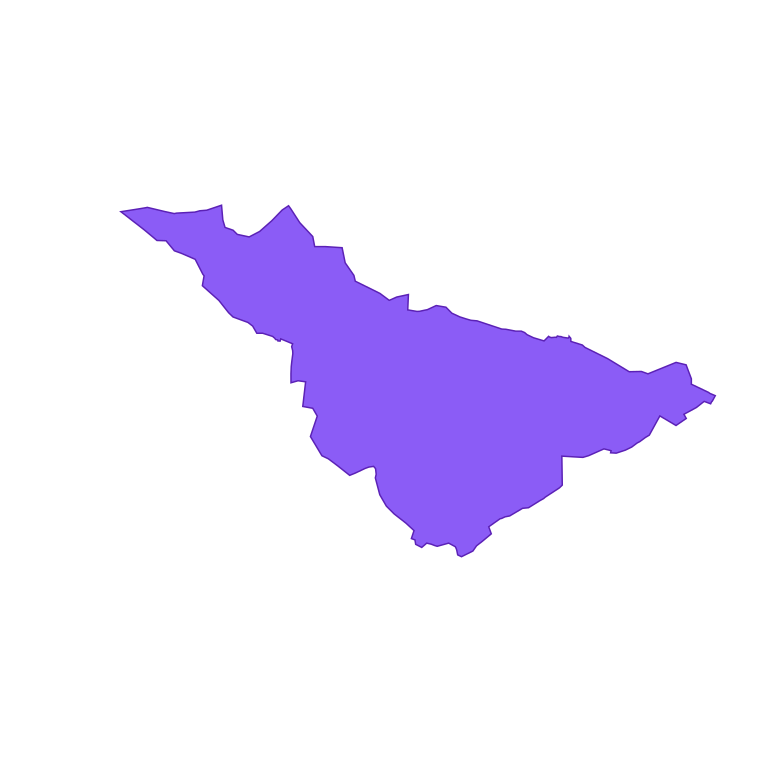 Garki, Jigawa, Nigeria, rotated 203°
{"feature_id": "59680162B71065109904105", "entity_name": "Garki", "entity_type": "district", "adm_level": 2, "iso_a3": "NGA", "parent_name": "Nigeria", "parent_adm1": "Jigawa", "projection": "robinson", "projection_center": [9.076, 12.431], "detail": "fine", "context": "isolated", "style": "filled", "palette": "violet", "viewbox_px": 768, "rotation_deg": 203, "n_neighbors": 0, "source": "geoboundaries", "source_scale": "gbopen_adm2", "svg_char_len": 2796}
<svg xmlns="http://www.w3.org/2000/svg" viewBox="0 0 768 768"><g transform="rotate(203 384 384)"><path d="M396.5,475.9L406.3,469.0L411.7,463.2L412.1,463.1L423.1,465.8L450.6,467.4L454.2,472.3L454.9,472.7L467.1,480.4L475.8,493.1L491.8,487.5L501.5,483.4L507.2,491.9L524.6,499.6L538.2,508.8L541.5,510.8L545.7,504.4L551.1,490.4L558.1,475.8L565.6,466.7L577.5,464.4L583.0,466.6L591.5,466.0L596.5,472.1L603.4,485.1L615.1,474.7L621.2,471.5L625.3,468.3L641.6,460.3L643.7,458.9L653.1,457.1L670.9,454.1L672.3,453.1L679.4,448.6L693.5,439.8L678.1,435.7L673.4,434.5L664.9,432.2L652.9,428.6L649.1,427.4L640.6,430.7L629.0,424.7L622.0,425.1L606.5,425.0L593.7,414.3L591.9,413.3L589.6,403.5L568.6,396.4L554.9,388.9L549.2,386.7L533.3,387.5L527.5,386.0L525.0,384.1L520.9,381.0L515.6,383.3L505.0,384.3L503.8,383.8L503.1,383.7L502.2,383.3L501.3,382.7L500.8,382.6L500.3,382.8L499.0,383.0L498.5,382.2L496.4,382.9L496.7,385.2L483.8,385.3L483.6,382.3L482.6,381.0L481.1,379.0L479.8,376.3L477.7,368.8L476.2,363.8L473.7,357.2L470.1,348.8L464.4,353.4L457.0,355.4L450.0,331.6L440.1,333.8L432.9,328.4L431.2,306.9L420.5,299.1L413.1,293.7L406.1,293.4L394.4,290.5L379.9,286.5L375.7,290.7L368.4,298.9L365.5,301.6L361.4,304.1L358.7,302.8L355.9,297.8L355.3,294.2L352.5,290.6L344.6,280.4L334.1,272.5L324.0,268.4L309.5,264.5L299.1,260.8L298.4,252.4L294.6,252.6L292.2,248.8L285.4,248.3L282.5,254.2L277.9,255.0L274.2,255.1L271.6,255.4L262.3,262.8L254.8,262.1L253.1,260.6L252.0,259.3L249.4,255.5L245.2,255.3L236.9,265.0L235.6,271.2L233.5,275.0L233.0,275.8L231.0,279.6L226.7,288.0L231.8,293.5L224.5,305.3L223.1,306.3L220.7,309.0L216.7,311.7L216.0,312.7L207.9,323.7L202.6,326.6L195.1,337.3L192.3,340.9L191.4,342.8L181.9,357.0L180.4,360.6L192.1,387.1L181.1,391.0L172.2,394.2L167.6,398.0L156.2,410.2L150.7,411.1L148.9,411.3L148.5,409.2L143.2,411.1L136.0,417.4L131.3,422.8L129.1,426.6L128.7,427.3L127.8,428.8L126.1,430.8L122.5,436.9L119.8,440.6L117.6,462.4L99.0,459.9L92.3,470.4L96.1,473.3L87.2,484.5L82.5,493.1L75.6,493.4L75.5,495.6L75.2,496.2L75.0,497.3L74.5,502.7L77.9,502.7L80.7,502.7L81.5,503.0L81.9,503.1L82.7,503.1L101.0,503.9L103.1,508.9L110.2,516.3L113.4,519.7L123.6,518.0L145.0,496.5L152.0,496.1L163.1,491.1L187.9,494.7L213.3,496.2L216.7,497.4L228.6,496.2L229.9,499.0L232.2,500.2L232.1,499.9L232.1,499.5L232.1,499.4L232.1,499.2L232.1,498.9L232.2,498.7L232.3,498.6L232.4,498.4L232.5,498.2L237.5,496.9L239.7,496.8L240.6,496.4L241.5,496.2L243.2,495.9L243.5,494.3L244.8,493.9L247.0,492.7L248.1,492.1L250.0,491.9L251.1,492.2L253.5,486.2L264.4,485.0L271.6,485.3L274.6,486.3L278.3,486.3L283.5,484.1L293.2,482.0L297.0,480.6L323.0,478.5L328.9,476.6L333.9,476.0L340.5,475.4L349.2,475.7L357.0,478.9L366.6,476.6L373.2,469.3L375.3,467.9L379.7,464.8L382.0,463.7L391.1,461.5L396.5,475.9Z" fill="#8b5cf6" stroke="#5b21b6" stroke-width="1.5"/></g></svg>